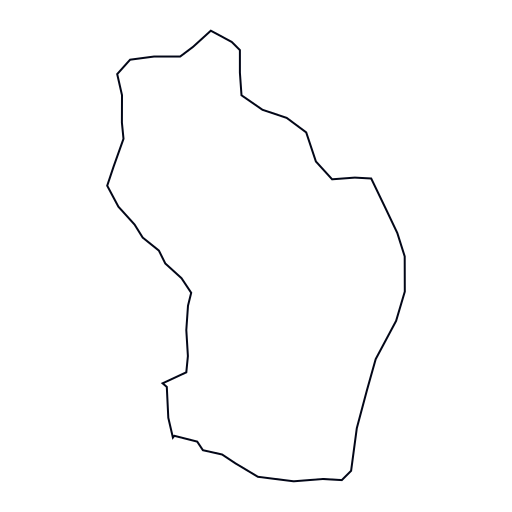 the district of Mönsterås, Kalmar, Sweden
{"feature_id": "70781695B14809952368056", "entity_name": "Mönsterås", "entity_type": "district", "adm_level": 2, "iso_a3": "SWE", "parent_name": "Sweden", "parent_adm1": "Kalmar", "projection": "albers", "projection_center": [16.333, 57.094], "detail": "fine", "context": "isolated", "style": "outline", "palette": "ink", "viewbox_px": 512, "rotation_deg": 0, "n_neighbors": 0, "source": "geoboundaries", "source_scale": "gbopen_adm2", "svg_char_len": 799}
<svg xmlns="http://www.w3.org/2000/svg" viewBox="0 0 512 512"><path d="M341.8,480.1L351.1,470.8L356.8,428.2L367.0,390.0L375.7,359.1L396.1,320.9L404.8,291.6L404.7,256.4L397.3,233.0L385.5,208.2L371.2,178.5L354.8,177.6L332.1,179.3L315.9,161.5L306.2,132.4L286.7,117.9L262.5,109.8L241.5,95.3L239.9,72.7L239.9,50.1L231.8,42.0L210.8,30.7L193.1,46.8L180.2,56.5L154.3,56.5L130.1,59.7L127.3,62.8L117.2,74.1L122.0,95.2L121.9,122.6L123.5,138.8L113.7,166.3L107.2,185.7L118.4,206.7L134.6,224.6L142.7,237.6L158.9,250.6L165.3,263.5L181.5,278.2L191.2,292.8L188.0,305.7L186.3,330.1L187.9,356.1L186.3,372.3L162.6,383.3L166.8,386.9L168.3,417.8L172.9,437.6L174.3,435.8L197.2,441.6L202.9,450.2L222.1,454.5L235.5,463.4L257.9,476.8L293.7,481.3L322.8,479.0L341.8,480.1Z" fill="none" stroke="#020617" stroke-width="2"/></svg>